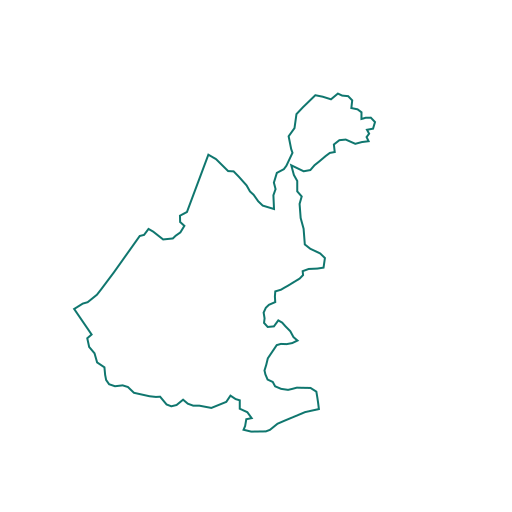 Caseiros, Rio Grande do Sul, Brazil, rotated 120°
{"feature_id": "56859067B55652742739807", "entity_name": "Caseiros", "entity_type": "district", "adm_level": 2, "iso_a3": "BRA", "parent_name": "Brazil", "parent_adm1": "Rio Grande do Sul", "projection": "robinson", "projection_center": [-51.76, -28.237], "detail": "fine", "context": "isolated", "style": "outline", "palette": "teal", "viewbox_px": 512, "rotation_deg": 120, "n_neighbors": 0, "source": "geoboundaries", "source_scale": "gbopen_adm2", "svg_char_len": 2224}
<svg xmlns="http://www.w3.org/2000/svg" viewBox="0 0 512 512"><g transform="rotate(120 256 256)"><path d="M430.7,278.1L428.1,272.2L425.8,268.7L429.3,259.2L428.5,254.2L424.8,250.3L416.9,247.3L418.0,241.2L417.0,235.5L413.9,230.1L409.9,218.7L397.2,208.8L389.7,208.3L390.1,202.1L389.1,197.9L396.4,193.7L395.6,185.4L398.6,178.7L402.2,182.8L408.7,180.4L412.7,179.9L410.5,172.4L403.0,159.8L399.6,157.0L390.5,153.5L384.3,148.9L366.6,135.4L357.1,125.0L351.7,129.1L347.8,132.2L343.3,135.9L343.0,142.8L345.6,147.5L347.6,151.1L349.6,154.8L353.1,158.3L355.9,161.3L358.5,167.8L359.3,174.3L356.7,178.5L357.2,184.2L353.8,188.7L350.9,191.4L345.2,192.7L338.7,194.6L322.8,193.5L319.7,190.5L317.0,185.4L313.3,181.1L308.5,177.8L307.5,183.0L304.0,188.7L302.1,195.6L300.6,200.0L300.6,204.5L308.0,205.3L311.6,210.4L309.9,215.6L305.7,217.4L301.2,221.1L295.9,221.6L291.8,220.4L286.3,216.3L281.6,219.4L277.0,221.6L272.7,217.5L269.3,215.6L265.8,213.5L259.7,210.2L253.7,206.9L249.0,205.7L245.8,208.0L240.9,203.9L236.3,196.7L232.3,191.7L223.3,195.3L221.7,201.7L222.6,212.6L221.6,219.5L208.6,228.4L200.8,236.3L189.1,244.3L181.6,246.2L179.4,252.6L170.4,257.8L166.9,263.7L159.8,270.8L158.8,257.1L154.4,251.9L148.1,250.7L142.5,248.5L134.7,245.7L129.8,243.6L126.6,239.8L120.5,244.3L114.0,241.7L110.3,236.5L109.2,226.1L104.4,221.3L100.3,215.9L97.7,219.7L93.5,219.2L91.2,223.0L87.2,218.3L80.5,219.9L78.8,225.7L81.4,230.1L84.6,233.2L78.8,236.5L78.2,241.4L80.2,247.4L73.1,250.5L71.5,256.1L74.0,261.6L74.4,266.3L82.8,269.4L84.7,277.9L87.1,285.0L103.6,289.7L112.9,291.9L126.0,286.6L136.0,287.6L145.7,279.1L148.4,276.0L162.7,274.8L166.9,275.3L173.6,279.5L183.5,277.2L188.3,272.5L194.7,271.3L206.3,263.9L209.0,275.4L207.5,281.5L204.2,288.6L203.1,293.5L199.6,299.4L195.9,310.6L193.9,317.7L196.4,322.6L192.1,339.0L192.1,347.9L252.4,337.8L259.1,342.0L264.5,338.7L265.7,333.1L273.4,333.3L278.6,335.7L282.4,336.8L288.1,344.7L286.3,357.2L286.3,362.6L293.7,363.5L296.8,366.7L341.3,370.9L362.8,373.5L369.1,374.4L380.2,378.7L383.8,382.2L392.8,387.0L406.2,359.1L411.6,361.0L418.2,355.0L421.0,347.2L427.6,340.4L428.2,331.6L434.4,327.2L438.3,323.8L440.5,319.1L439.3,313.0L434.7,306.8L433.5,301.4L435.5,293.3L430.7,278.1Z" fill="none" stroke="#0f766e" stroke-width="2"/></g></svg>